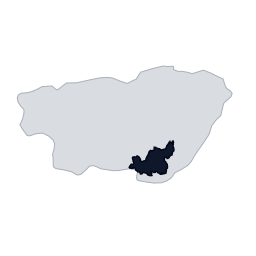 Lunana, Gasa, Bhutan (highlighted), rotated 174°
{"feature_id": "84629894B27866882347456", "entity_name": "Lunana", "entity_type": "district", "adm_level": 2, "iso_a3": "BTN", "parent_name": "Bhutan", "parent_adm1": "Gasa", "projection": "orthographic", "projection_center": [90.007, 27.974], "detail": "fine", "context": "in_parent", "style": "filled", "palette": "ink", "viewbox_px": 256, "rotation_deg": 174, "n_neighbors": 0, "source": "geoboundaries", "source_scale": "gbopen_adm2", "svg_char_len": 6050}
<svg xmlns="http://www.w3.org/2000/svg" viewBox="0 0 256 256"><g transform="rotate(174 128 128)"><path d="M205.8,109.0L205.4,110.7L203.7,115.0L202.6,119.8L203.6,123.7L207.7,128.2L213.2,131.8L220.1,132.0L226.5,130.5L229.1,131.0L232.6,137.1L235.2,142.4L231.9,148.0L230.2,152.8L229.5,156.3L230.0,157.8L232.1,160.5L234.6,165.2L235.0,169.5L233.5,172.4L230.2,173.9L226.7,173.6L223.8,173.7L220.2,174.2L214.5,175.9L209.3,178.1L199.3,177.8L195.3,173.6L193.5,173.6L184.5,179.2L174.7,178.3L156.8,180.3L149.3,180.8L141.6,180.3L137.7,179.1L130.5,175.2L124.0,172.4L117.3,175.0L115.0,175.5L109.6,182.2L98.1,184.4L86.5,186.0L83.1,185.1L76.6,184.7L76.4,183.1L76.6,181.6L75.1,180.4L72.4,179.1L67.9,178.6L62.1,176.9L58.8,175.3L46.9,177.6L40.0,174.0L32.3,169.1L28.3,166.9L26.9,159.4L25.6,157.0L22.5,154.4L20.8,151.4L22.3,148.4L30.1,142.7L30.7,141.4L34.4,130.8L39.4,126.9L44.4,121.6L48.1,113.1L55.4,104.3L63.3,95.3L68.7,88.0L72.3,84.6L79.6,81.0L85.8,78.8L90.1,73.9L95.2,71.2L100.5,70.0L108.4,70.6L115.7,72.4L123.8,74.8L124.8,76.8L124.1,80.3L122.9,83.8L122.9,85.6L124.2,86.6L132.1,87.3L141.8,86.7L147.2,87.1L159.4,90.3L163.0,92.6L166.7,94.3L170.3,94.0L174.9,90.2L179.7,86.9L182.7,86.4L184.8,87.4L188.7,90.4L196.8,93.2L204.0,95.2L206.3,97.3L205.6,106.1L205.8,109.0Z" fill="#d9dde1" stroke="#a8b0b8" stroke-width="1"/><path d="M84.6,110.4L84.8,110.3L85.1,110.2L85.4,109.6L85.5,109.6L85.7,109.2L85.9,108.8L86.4,108.5L86.5,108.4L86.8,108.8L87.2,109.0L87.4,109.2L87.5,109.5L87.7,110.1L87.9,109.8L88.1,109.7L88.4,109.5L88.6,109.5L88.7,109.4L88.8,109.2L88.9,108.9L89.1,108.5L89.1,108.2L89.3,108.0L89.3,107.9L89.5,107.9L89.8,107.6L90.1,107.6L90.2,107.4L90.2,107.1L90.4,106.8L90.6,106.6L91.1,106.5L91.3,106.3L91.4,105.7L91.6,105.5L91.7,105.1L91.8,104.8L91.9,104.7L92.2,104.4L92.2,104.2L92.3,103.9L92.4,103.7L92.7,103.6L93.0,103.5L93.1,103.4L93.5,103.1L93.8,103.1L94.3,102.9L94.4,103.0L94.6,103.0L95.1,103.1L95.3,103.0L95.3,102.8L95.4,102.7L95.5,102.8L95.8,102.6L96.1,102.5L96.4,102.3L96.5,102.3L96.8,102.7L97.0,102.8L97.2,102.6L97.5,102.7L97.6,102.8L98.0,103.1L98.2,103.3L98.7,103.6L98.7,103.9L98.8,103.9L99.1,104.1L99.5,104.1L100.0,104.2L100.2,104.4L100.5,104.6L101.0,104.8L101.4,104.8L101.5,104.9L101.7,105.0L102.2,105.2L102.4,105.3L102.5,105.5L102.5,105.8L102.9,105.8L103.2,106.0L103.7,106.0L103.9,106.1L104.0,105.7L103.9,105.3L104.1,105.1L104.1,104.8L104.0,104.7L104.0,104.2L103.9,104.0L104.1,103.5L104.2,103.3L104.5,103.2L104.6,103.3L105.1,103.2L105.4,103.1L105.6,103.1L105.9,102.9L106.3,103.0L106.5,102.8L107.0,102.8L107.3,103.0L107.6,103.1L107.8,103.3L108.2,103.3L108.6,102.9L108.7,102.7L109.0,102.5L109.2,102.2L109.4,102.2L109.7,101.8L109.7,101.6L109.7,101.4L109.8,101.1L110.1,100.9L110.2,100.1L110.3,99.9L110.5,99.7L110.8,99.3L110.8,99.2L111.0,99.1L111.1,98.9L111.2,98.7L111.5,98.3L111.6,98.0L111.9,97.8L112.0,97.5L112.4,97.2L112.4,96.8L112.7,96.5L113.1,95.8L113.3,95.5L113.4,95.3L113.3,95.0L113.4,94.8L113.5,94.6L113.5,94.3L113.5,94.0L113.6,93.9L113.8,93.7L114.1,93.7L114.3,93.6L114.9,93.6L115.1,93.6L115.9,93.6L116.1,93.5L116.4,93.4L116.6,93.2L117.0,93.0L117.1,92.9L117.6,92.9L117.8,92.9L118.0,93.1L118.1,93.5L118.7,93.7L119.1,94.1L119.2,94.4L119.3,94.5L119.2,94.8L119.1,95.1L118.9,95.6L119.1,95.7L119.2,95.9L119.3,96.3L119.7,97.3L120.1,97.6L120.2,97.8L120.2,98.0L120.3,98.4L120.4,98.5L120.9,98.5L121.0,98.6L121.3,98.8L121.5,99.1L121.8,99.2L122.3,99.1L122.6,98.6L122.9,98.2L123.2,98.1L124.1,98.4L124.5,98.7L124.8,98.6L125.0,98.3L125.3,98.2L125.5,98.2L125.7,98.3L125.8,98.5L126.1,98.6L126.3,98.5L126.6,98.1L126.7,97.9L126.7,97.7L126.5,97.0L126.4,96.7L126.5,96.2L126.5,95.9L126.4,95.6L126.1,95.1L126.0,94.9L126.1,94.7L126.4,94.3L126.4,94.2L126.1,93.9L125.9,93.2L125.9,92.5L125.9,92.1L126.0,92.0L126.3,91.8L126.5,91.6L127.3,91.4L127.5,91.4L128.1,91.5L128.5,91.6L128.8,91.5L129.0,91.3L129.2,90.7L129.4,90.4L129.5,90.2L130.1,90.0L130.3,89.9L130.7,88.9L130.9,88.6L130.7,88.4L130.4,88.0L130.2,87.9L129.9,87.9L128.7,87.4L128.0,87.6L127.7,87.3L127.4,87.2L127.2,87.2L127.0,87.7L126.7,87.8L126.0,88.0L125.7,87.8L125.4,87.6L125.2,87.1L125.1,86.7L125.1,86.4L124.8,85.6L124.7,85.3L124.3,85.0L124.1,84.7L123.7,84.6L123.4,84.1L123.0,83.5L122.6,83.3L121.5,83.2L121.2,83.0L120.9,82.7L120.8,82.3L120.7,82.1L120.5,81.1L120.1,80.9L119.5,81.0L119.3,80.9L118.9,81.0L118.0,82.1L116.8,82.0L115.7,81.6L114.5,81.2L114.1,80.9L113.5,80.6L113.5,80.4L113.7,80.2L113.6,79.8L113.3,79.5L113.2,79.3L112.9,79.1L112.4,79.0L111.9,78.6L111.4,78.5L110.9,78.5L110.5,78.2L109.2,78.3L109.6,79.4L109.6,79.6L109.4,79.8L109.2,80.3L109.1,80.5L109.2,80.9L109.3,81.1L109.5,81.3L109.6,82.1L109.4,82.3L108.8,82.4L108.1,82.2L107.7,81.8L107.4,81.3L107.2,81.1L106.4,81.1L106.0,81.1L105.6,81.0L105.4,81.0L105.1,81.3L104.8,81.9L104.3,82.3L103.9,82.1L103.5,81.8L103.3,81.5L103.2,80.6L102.9,80.4L102.5,80.1L102.3,80.1L102.0,80.0L101.6,79.8L101.1,79.0L100.2,78.5L99.4,78.7L99.1,78.8L98.7,79.3L98.5,79.8L98.2,80.0L97.8,79.8L97.7,79.4L97.8,79.1L98.1,78.9L98.2,78.7L97.4,78.8L96.5,78.8L96.3,78.9L96.1,79.1L95.9,79.3L95.2,79.1L95.2,79.3L94.8,79.9L94.7,80.4L94.3,81.6L94.2,81.8L94.3,82.1L94.6,82.4L94.5,82.9L94.5,83.0L94.0,83.2L93.8,83.5L93.2,83.8L93.1,84.0L93.0,84.6L93.0,84.8L92.7,85.3L92.7,85.5L92.9,86.0L92.8,87.0L92.8,87.7L93.5,89.0L94.1,89.4L94.2,89.6L93.9,90.0L94.1,90.5L94.3,90.7L94.6,90.9L94.9,90.9L95.0,91.2L95.1,91.8L95.2,92.2L95.1,92.8L95.1,93.2L95.3,93.6L95.1,94.2L94.7,94.9L94.5,95.0L94.2,95.0L93.4,94.6L93.1,94.7L92.9,94.6L92.6,94.2L92.3,93.6L91.9,93.6L91.7,93.6L91.4,93.8L91.2,93.7L91.1,93.8L90.3,94.3L90.0,94.8L90.0,95.0L89.8,95.2L89.5,95.5L89.0,95.8L88.5,96.2L88.3,96.3L87.9,96.6L87.5,96.6L87.2,96.5L86.9,97.0L86.8,97.8L86.8,98.0L86.6,98.1L86.6,98.4L86.7,98.9L86.5,99.1L86.3,99.4L85.8,99.7L85.7,99.8L85.4,100.0L85.2,100.3L84.9,100.5L84.8,100.8L84.7,100.9L84.6,101.2L84.7,101.6L84.6,102.1L84.7,102.8L84.6,103.0L84.7,103.4L84.7,103.5L84.8,103.7L84.8,104.0L85.0,104.4L85.1,105.0L85.1,105.4L85.1,105.5L85.2,105.8L85.0,106.2L85.0,106.3L84.9,106.5L84.6,107.1L84.6,107.4L84.7,107.5L84.7,107.8L84.5,108.3L84.3,108.7L84.3,109.2L84.4,109.7L84.4,109.9L84.6,110.4Z" fill="#0f172a" stroke="#020617" stroke-width="1.5"/></g></svg>